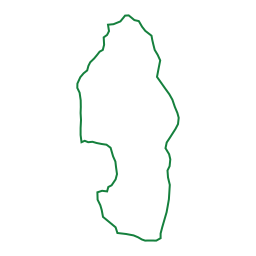 the district of Marituba, Pará, Brazil
{"feature_id": "56859067B82724745768816", "entity_name": "Marituba", "entity_type": "district", "adm_level": 2, "iso_a3": "BRA", "parent_name": "Brazil", "parent_adm1": "Pará", "projection": "equal_earth", "projection_center": [-48.323, -1.397], "detail": "fine", "context": "isolated", "style": "outline", "palette": "green", "viewbox_px": 256, "rotation_deg": 0, "n_neighbors": 0, "source": "geoboundaries", "source_scale": "gbopen_adm2", "svg_char_len": 1195}
<svg xmlns="http://www.w3.org/2000/svg" viewBox="0 0 256 256"><path d="M160.6,238.2L160.6,233.5L162.3,227.0L166.6,212.2L167.6,206.7L168.9,199.2L169.8,184.9L168.0,177.4L167.5,170.5L169.6,166.2L170.3,159.3L169.1,154.2L165.5,148.2L166.7,142.5L170.0,137.5L175.5,128.9L178.0,124.1L178.7,117.8L177.4,113.0L174.8,106.8L172.4,99.7L169.3,94.2L165.1,88.4L157.0,76.9L158.4,69.5L160.2,60.4L157.7,54.9L154.7,49.9L153.3,44.4L152.3,40.1L151.5,35.7L145.3,30.9L142.1,26.8L138.8,21.1L134.4,20.1L128.7,15.4L125.1,15.6L120.4,21.4L113.5,24.2L108.0,24.7L109.0,31.1L107.1,34.9L103.7,37.4L104.1,44.8L102.8,49.9L99.6,51.7L97.2,54.8L94.3,58.3L90.2,62.3L88.4,65.9L87.2,70.4L83.6,73.3L80.3,77.2L77.4,83.6L77.3,87.9L79.6,92.7L80.7,100.3L80.8,107.1L80.6,113.0L81.0,120.0L80.6,128.0L80.6,135.0L81.5,142.2L84.7,140.8L88.2,142.2L92.5,141.8L96.6,143.0L101.7,144.0L106.5,144.7L110.6,147.8L113.1,156.4L115.4,161.6L116.0,166.9L117.0,174.1L115.6,179.4L111.6,185.3L108.3,187.0L107.1,191.4L102.1,190.8L97.4,192.3L97.6,199.7L100.3,205.2L101.7,210.0L103.0,216.9L115.6,227.3L117.4,233.0L126.1,234.0L133.6,235.4L138.1,237.3L141.9,239.5L145.1,240.6L149.0,240.5L156.3,240.6L160.6,238.2Z" fill="none" stroke="#15803d" stroke-width="2"/></svg>